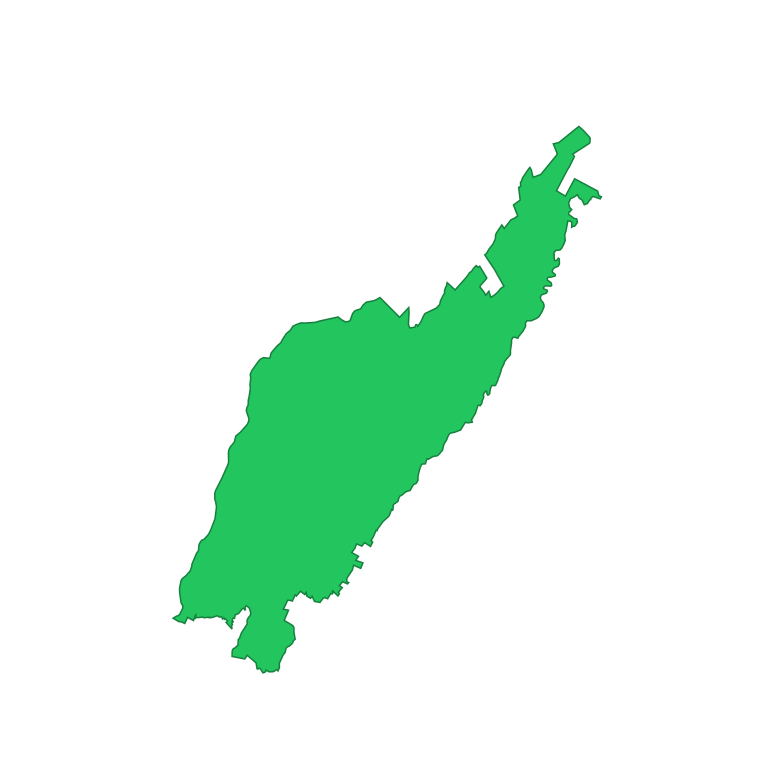 Tuxtla Chico, Chiapas, Mexico (Equal Earth projection), rotated 203°
{"feature_id": "50627088B6965194159018", "entity_name": "Tuxtla Chico", "entity_type": "district", "adm_level": 2, "iso_a3": "MEX", "parent_name": "Mexico", "parent_adm1": "Chiapas", "projection": "equal_earth", "projection_center": [-92.217, 14.877], "detail": "fine", "context": "isolated", "style": "filled", "palette": "green", "viewbox_px": 768, "rotation_deg": 203, "n_neighbors": 0, "source": "geoboundaries", "source_scale": "gbopen_adm2", "svg_char_len": 6119}
<svg xmlns="http://www.w3.org/2000/svg" viewBox="0 0 768 768"><g transform="rotate(203 384 384)"><path d="M486.6,86.0L480.1,85.1L477.5,85.9L473.8,85.7L473.6,92.4L466.9,91.8L467.3,93.9L466.6,94.6L467.3,96.2L467.0,97.6L466.0,94.9L465.5,95.9L464.0,96.2L460.5,98.3L458.1,98.6L453.5,101.2L453.3,100.6L450.7,102.1L447.0,105.5L444.3,105.1L442.6,106.4L440.9,104.7L440.4,105.7L439.1,105.1L438.9,106.2L435.2,104.5L436.2,102.8L428.6,99.3L428.4,99.7L429.6,101.0L429.6,103.5L430.4,103.8L430.6,104.5L429.9,106.1L430.2,106.6L431.1,106.5L431.5,107.8L431.5,109.4L430.0,109.9L430.8,113.3L428.2,115.9L426.7,121.4L426.2,122.4L425.2,122.6L423.8,121.6L423.3,122.1L424.5,123.6L424.5,125.6L423.5,126.0L421.1,125.4L419.9,124.5L417.7,122.0L416.6,119.4L417.7,115.3L417.7,113.5L417.6,112.5L416.5,110.6L416.3,108.7L418.0,99.1L417.7,93.7L418.3,91.7L416.4,86.6L418.1,82.7L419.1,81.8L419.5,80.5L419.4,78.8L417.4,73.8L404.7,76.5L404.0,80.8L392.8,77.3L389.6,72.3L388.8,72.2L387.7,73.6L386.8,73.7L382.7,70.8L381.9,71.2L380.6,72.8L380.6,74.6L377.5,74.1L374.4,75.4L373.0,76.4L371.5,78.9L370.5,79.1L369.5,78.5L369.4,82.0L371.2,86.0L371.0,95.0L370.1,98.4L370.9,102.2L370.3,104.2L368.8,105.7L367.9,107.4L366.9,110.1L367.1,112.3L366.0,114.3L369.9,120.3L371.9,124.9L373.6,126.0L383.5,127.4L383.5,138.5L388.7,137.3L388.3,142.4L388.3,147.2L386.1,148.1L383.5,148.4L383.4,155.2L381.8,154.6L379.9,160.6L374.6,159.2L374.2,161.7L372.1,158.6L367.8,158.0L367.3,160.5L363.0,156.7L357.6,157.9L356.4,162.8L355.3,164.2L352.0,164.3L351.1,170.4L349.7,170.4L349.4,171.5L350.4,173.2L351.2,173.8L343.6,170.9L343.1,173.5L344.6,174.4L342.9,180.3L346.3,180.9L344.8,185.8L339.5,185.7L338.9,187.4L341.1,187.5L342.3,190.9L340.4,200.4L341.2,205.3L333.4,205.2L333.5,211.1L341.2,210.6L340.1,215.4L347.9,216.2L346.6,221.2L346.8,226.1L341.0,226.1L339.9,230.4L332.9,229.2L332.7,234.1L334.7,234.6L334.1,239.6L334.1,246.4L333.1,246.3L333.2,248.1L331.2,256.9L328.0,263.9L327.7,265.7L328.0,271.4L326.9,271.1L326.6,271.6L328.1,276.1L328.0,277.1L325.3,281.3L325.8,285.3L325.7,286.7L323.8,289.2L321.9,293.2L318.3,296.3L317.8,301.8L317.2,303.3L315.7,304.8L315.2,307.1L315.1,308.7L316.6,312.2L317.5,317.1L318.0,321.1L318.0,324.1L317.6,325.2L314.7,326.7L315.3,331.9L313.8,332.0L311.1,335.7L309.7,337.1L307.3,338.4L306.6,339.2L305.6,341.5L304.9,344.4L304.2,345.7L305.1,350.2L305.2,353.1L304.5,356.6L304.7,360.1L304.3,363.9L303.2,365.1L300.3,367.0L295.5,371.6L294.2,380.4L291.6,381.0L287.8,383.3L289.4,385.2L288.4,392.6L289.1,400.5L288.7,401.5L287.0,401.6L286.4,404.3L287.0,407.0L287.0,410.1L287.3,411.5L288.4,412.9L288.3,415.0L287.2,417.5L286.6,417.3L284.8,414.5L284.0,414.3L283.4,415.0L283.0,416.7L283.9,419.6L284.4,423.6L283.9,424.9L281.1,425.9L280.8,426.6L280.6,430.9L281.1,434.2L280.8,434.9L281.4,442.2L281.8,443.8L281.4,449.5L281.8,451.2L281.0,454.8L279.2,460.0L279.3,461.1L280.7,464.3L282.5,471.2L283.8,474.4L283.6,476.6L283.5,477.3L281.9,478.2L278.7,478.3L278.5,480.8L276.7,486.9L276.2,492.0L276.5,493.3L277.6,495.2L277.3,497.5L276.6,498.3L273.2,499.7L269.5,503.7L267.7,506.4L266.8,512.1L266.8,517.5L267.5,519.1L269.1,521.0L272.5,522.7L274.1,525.4L273.6,527.9L270.1,531.0L269.8,533.4L270.6,534.1L274.1,534.0L274.9,534.7L274.5,536.2L273.6,537.5L268.6,539.3L268.2,540.1L268.7,541.3L269.9,542.6L274.2,543.5L274.9,544.8L274.8,545.9L274.2,546.5L271.6,547.9L268.7,550.3L268.9,551.4L269.5,551.9L272.2,552.6L273.2,553.5L273.4,555.1L272.7,557.4L269.6,560.5L269.4,563.0L271.4,567.5L272.2,567.9L272.7,568.0L273.1,566.0L273.8,564.8L274.8,564.5L275.8,564.9L277.9,569.6L278.4,569.5L278.7,571.9L277.9,574.3L274.4,576.0L273.5,578.3L273.1,583.1L273.3,587.0L275.9,591.9L276.4,596.5L278.5,605.9L276.2,606.6L274.8,606.5L273.8,605.0L272.5,601.6L271.5,603.1L270.4,603.5L269.9,604.4L269.1,608.3L271.1,611.3L273.6,610.7L280.2,612.3L280.9,613.6L281.0,614.7L280.0,615.4L279.4,617.9L282.1,619.0L284.8,622.9L284.7,627.5L282.0,630.4L279.9,633.7L277.0,631.4L273.6,630.7L269.7,627.3L267.3,629.6L266.5,634.0L265.8,634.4L266.0,636.3L264.9,638.3L257.3,638.9L257.1,641.3L259.7,641.3L262.8,645.1L288.7,647.4L290.4,627.8L300.8,629.3L298.9,652.3L298.2,656.8L297.6,667.8L300.1,669.4L288.8,686.0L288.8,686.7L290.1,690.5L290.8,691.3L300.0,695.5L305.3,697.2L317.5,674.4L322.0,671.2L314.9,664.1L314.4,662.5L321.5,638.2L327.5,632.5L331.8,638.3L334.3,640.4L334.8,639.2L337.0,627.9L336.7,624.6L337.2,623.0L335.4,619.3L336.9,617.6L330.5,606.5L334.8,599.4L326.6,590.9L328.7,587.6L331.3,584.7L334.1,574.2L337.7,576.5L339.5,567.1L339.5,564.7L338.2,561.3L338.4,555.3L340.0,549.4L340.7,544.2L341.7,542.2L327.1,532.6L311.8,520.8L313.9,517.6L315.1,513.3L316.9,509.3L319.6,505.5L323.7,510.4L325.0,505.4L327.4,507.4L333.7,510.9L333.6,512.7L331.0,520.3L330.8,521.8L341.9,529.8L342.8,528.2L345.4,529.0L346.7,525.7L347.5,521.8L348.8,519.9L349.3,516.7L350.2,513.5L355.3,498.4L365.5,502.0L364.7,498.2L365.1,497.2L365.0,495.9L364.5,492.8L363.6,491.1L364.1,489.4L364.5,483.2L364.4,481.5L363.9,480.2L364.0,478.2L365.6,474.2L373.7,465.0L374.2,462.5L374.4,455.1L375.5,450.4L376.7,451.3L377.5,451.3L378.0,450.7L377.7,448.5L382.0,445.7L383.3,446.6L384.9,448.7L388.8,459.5L391.1,464.0L395.7,451.5L421.5,462.0L424.3,458.3L426.3,456.4L432.2,452.5L434.1,448.5L434.9,444.0L438.8,440.6L439.8,439.1L440.4,436.5L440.0,429.7L440.8,428.0L443.5,426.1L448.6,426.6L452.4,427.8L468.0,416.7L471.2,414.0L480.8,409.1L484.2,407.9L487.4,405.0L490.5,401.5L491.2,396.8L493.6,392.2L494.8,385.4L495.1,381.6L497.2,377.5L499.9,368.9L499.9,367.1L499.3,364.6L499.4,363.5L500.0,362.7L505.3,361.2L507.6,358.3L508.6,355.2L510.9,344.6L510.9,340.5L509.1,337.6L506.9,330.5L505.4,328.0L503.0,318.7L502.7,316.4L500.9,311.7L500.9,308.1L500.3,305.6L494.7,299.2L494.1,297.2L494.0,293.6L497.4,283.4L500.1,278.2L499.1,272.2L501.0,265.6L501.0,262.5L500.4,260.0L496.5,251.3L496.2,248.6L496.4,234.8L497.4,219.8L496.9,216.8L494.6,211.6L493.1,210.0L490.2,205.5L486.9,194.0L486.5,182.1L486.7,177.4L488.8,171.0L490.9,168.7L491.5,165.4L491.5,163.9L489.7,158.0L490.4,154.8L490.4,143.4L489.7,140.7L489.4,136.3L491.3,130.4L493.6,126.1L494.0,123.7L492.4,116.1L490.8,112.5L485.4,103.4L482.1,100.7L481.7,98.5L482.1,92.0L482.9,90.4L484.5,89.0L486.6,86.0Z" fill="#22c55e" stroke="#15803d" stroke-width="1.5"/></g></svg>